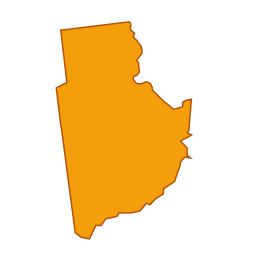 outline of Wakulla, Florida, United States of America, rotated 263°
{"feature_id": "52423323B44157144266829", "entity_name": "Wakulla", "entity_type": "district", "adm_level": 2, "iso_a3": "USA", "parent_name": "United States of America", "parent_adm1": "Florida", "projection": "natural_earth1", "projection_center": [-84.385, 30.132], "detail": "fine", "context": "isolated", "style": "filled", "palette": "amber", "viewbox_px": 256, "rotation_deg": 263, "n_neighbors": 0, "source": "geoboundaries", "source_scale": "gbopen_adm2", "svg_char_len": 940}
<svg xmlns="http://www.w3.org/2000/svg" viewBox="0 0 256 256"><g transform="rotate(263 128 128)"><path d="M30.5,62.9L25.2,68.3L22.7,76.2L35.3,84.3L34.4,89.3L40.5,94.8L41.6,106.3L44.8,108.6L43.4,120.9L44.1,129.5L51.1,137.3L49.1,140.5L54.4,146.7L58.2,155.0L63.4,156.0L69.3,167.7L84.1,174.9L88.4,176.3L92.3,181.1L90.7,186.3L93.8,183.4L101.0,184.2L108.6,178.5L113.4,190.3L116.1,186.2L118.2,188.1L148.8,194.4L148.3,188.8L146.8,185.3L142.9,185.1L142.2,183.9L140.9,175.8L150.1,166.7L162.6,156.9L165.2,157.0L169.2,155.8L171.3,152.8L171.4,149.9L170.2,147.0L170.7,143.4L171.7,141.3L175.8,139.0L178.7,140.0L179.2,143.1L182.0,146.0L191.2,146.3L192.7,145.9L193.3,145.1L194.2,145.1L200.4,150.8L204.0,151.5L207.4,151.0L214.3,147.0L217.7,144.1L221.2,146.1L224.7,142.9L227.3,142.4L229.7,143.5L231.0,143.4L233.2,142.2L233.3,73.2L180.6,72.9L176.5,61.7L166.4,61.7L138.1,61.6L137.0,61.9L30.5,62.9Z" fill="#f59e0b" stroke="#b45309" stroke-width="1.5"/></g></svg>